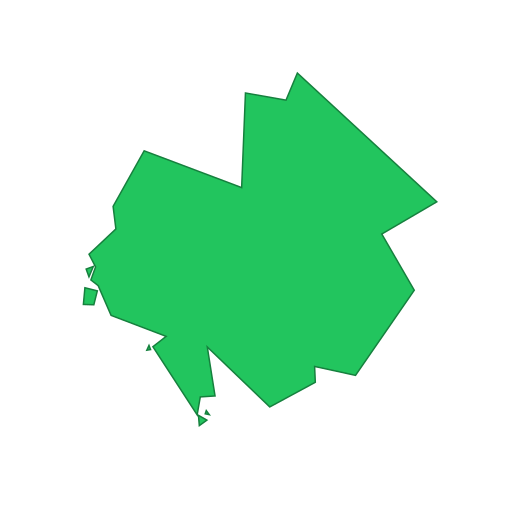 an SVG outline of Germany, rotated 221°
{"feature_id": "DEU", "entity_name": "Germany", "entity_type": "country or territory", "adm_level": 0, "iso_a3": "DEU", "parent_name": "Europe", "parent_adm1": "", "projection": "natural_earth1", "projection_center": [10.44, 51.169], "detail": "coarse", "context": "isolated", "style": "filled", "palette": "green", "viewbox_px": 512, "rotation_deg": 221, "n_neighbors": 0, "source": "natural_earth", "source_scale": "50m", "svg_char_len": 735}
<svg xmlns="http://www.w3.org/2000/svg" viewBox="0 0 512 512"><g transform="rotate(221 256 256)"><path d="M344.8,421.2L155.1,415.5L175.5,355.1L114.1,334.0L102.6,231.2L139.3,211.1L128.4,199.6L146.6,151.1L233.1,155.4L195.1,123.5L205.6,113.1L196.2,97.5L274.3,119.9L271.1,136.4L326.4,116.1L355.7,130.1L364.9,129.6L369.9,142.5L383.2,147.8L379.5,184.5L396.4,199.7L409.4,262.0L311.7,298.2L370.9,372.1L335.6,393.3L344.8,421.2ZM364.3,119.8L352.9,125.6L346.4,112.8L354.5,106.2L364.3,119.8ZM375.6,134.7L371.9,141.4L368.4,130.7L375.6,134.7ZM185.4,99.9L187.5,90.8L194.9,98.0L185.4,99.9ZM276.6,113.3L278.1,118.3L274.2,116.2L276.6,113.3ZM190.8,103.6L192.1,106.7L187.2,105.6L190.8,103.6Z" fill="#22c55e" stroke="#15803d" stroke-width="1.5"/></g></svg>